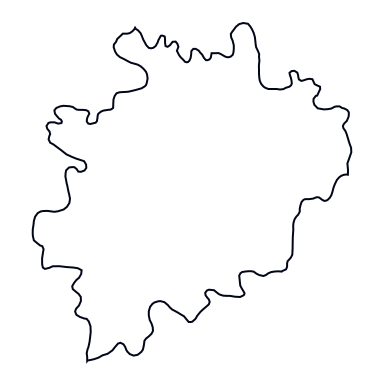 outline of Chavusy, Mogilev, Belarus
{"feature_id": "67162791B68481301764251", "entity_name": "Chavusy", "entity_type": "district", "adm_level": 2, "iso_a3": "BLR", "parent_name": "Belarus", "parent_adm1": "Mogilev", "projection": "orthographic", "projection_center": [30.902, 53.786], "detail": "fine", "context": "isolated", "style": "outline", "palette": "ink", "viewbox_px": 384, "rotation_deg": 0, "n_neighbors": 0, "source": "geoboundaries", "source_scale": "gbopen_adm2", "svg_char_len": 5464}
<svg xmlns="http://www.w3.org/2000/svg" viewBox="0 0 384 384"><path d="M87.2,361.0L87.6,360.5L90.8,359.9L94.0,359.2L98.4,357.7L102.6,355.3L107.6,353.8L112.4,350.4L114.8,347.3L118.1,343.5L120.5,342.8L123.5,344.3L125.2,346.9L126.1,349.5L127.3,351.6L129.8,354.1L133.6,355.6L137.6,354.8L139.5,353.4L141.4,351.8L142.8,349.8L143.5,347.1L144.0,344.4L144.4,340.9L146.0,338.6L148.9,336.3L151.5,333.8L153.0,330.9L152.7,327.1L151.5,323.5L149.7,319.9L148.8,315.4L148.8,311.3L150.1,306.9L152.3,304.0L154.3,302.5L158.2,301.3L160.3,301.1L164.3,302.1L167.8,305.0L170.1,307.7L172.3,309.6L174.8,310.9L177.9,312.6L181.4,314.8L183.9,316.2L186.2,319.0L188.7,322.0L190.7,322.0L192.3,321.7L195.0,319.3L195.9,318.2L197.0,316.1L198.6,314.1L200.4,311.9L202.6,309.8L205.4,307.4L207.8,305.3L208.8,304.4L209.7,301.9L208.8,299.4L207.5,297.9L205.6,295.4L205.2,292.9L206.8,290.6L208.9,289.7L214.0,290.2L215.9,291.8L218.9,294.1L220.6,294.9L223.5,295.7L227.6,295.9L230.1,295.9L234.9,296.7L240.0,297.0L242.7,295.8L244.2,294.7L244.5,293.1L243.0,290.5L241.9,288.7L240.3,285.7L239.9,282.4L239.6,279.2L239.2,275.7L240.4,273.3L242.2,272.0L246.3,271.4L248.9,271.2L251.1,271.2L253.8,271.7L256.5,273.7L259.4,275.1L263.5,276.0L266.1,274.9L268.1,273.4L271.1,272.1L274.8,271.5L278.3,271.3L281.7,271.6L281.9,271.2L283.9,270.3L286.1,269.3L287.1,266.7L287.1,263.4L287.6,261.2L289.5,259.2L291.0,257.4L292.3,254.7L292.6,248.9L292.7,242.1L292.8,237.2L293.3,229.7L293.2,225.5L293.5,222.8L294.6,219.2L296.4,216.5L298.1,214.8L299.8,211.6L299.7,208.9L300.3,205.9L301.5,202.1L303.4,199.9L304.9,199.2L307.0,199.1L309.4,199.1L313.2,198.6L315.8,197.5L317.1,197.2L319.2,197.5L322.0,199.7L324.2,200.9L326.4,200.6L328.0,199.6L330.0,197.5L331.5,194.8L332.5,191.6L333.5,187.7L334.7,184.5L336.8,180.1L338.9,177.6L341.1,175.9L343.8,174.8L346.5,174.5L347.9,174.7L348.0,169.9L347.4,163.4L348.7,159.8L350.1,155.8L351.3,152.3L351.1,147.8L349.5,143.5L348.0,138.6L346.7,134.2L345.3,130.8L343.5,128.4L342.9,126.1L343.8,124.0L345.4,122.3L346.8,120.9L348.4,117.3L348.8,115.3L348.8,112.3L347.3,110.1L344.3,108.5L342.1,108.0L339.6,106.4L336.4,106.4L334.6,106.8L331.2,108.6L327.4,109.2L323.8,109.4L317.7,108.3L314.3,104.7L313.4,101.5L313.6,98.7L315.9,95.8L317.2,95.6L318.9,91.8L320.2,89.1L320.0,86.7L316.9,85.3L314.6,84.1L312.4,79.2L309.1,78.8L306.3,79.4L303.5,80.4L301.3,80.9L298.9,79.4L298.3,77.0L298.1,75.2L297.3,72.6L294.3,70.8L291.6,71.1L289.5,72.8L289.9,75.1L290.8,77.5L291.5,80.5L291.8,83.6L291.0,85.4L289.4,86.7L285.8,87.8L283.4,89.1L280.2,89.5L276.5,89.0L273.0,89.0L268.4,89.0L265.3,87.8L263.4,86.5L261.0,83.6L259.8,80.7L259.3,77.9L259.0,73.8L259.0,70.0L258.9,65.7L259.4,60.6L259.0,56.5L259.2,54.1L257.9,50.9L256.1,47.1L255.7,44.7L255.3,40.8L254.9,37.2L253.7,33.0L252.1,29.5L250.3,26.5L248.0,23.8L243.3,23.0L239.2,24.1L236.0,26.7L234.3,29.0L232.2,31.8L230.8,33.9L231.2,37.5L232.6,40.6L233.8,45.3L233.8,49.2L233.4,52.6L232.8,54.7L230.7,56.6L228.8,57.2L227.1,57.2L225.0,56.5L221.2,54.3L218.7,53.1L215.5,53.2L211.6,53.2L211.0,56.5L210.8,57.6L209.6,59.3L207.9,60.1L206.0,60.2L204.1,58.1L202.2,54.7L200.2,52.6L198.7,50.6L195.8,48.9L193.3,48.9L191.4,51.0L191.1,54.9L190.6,58.0L189.4,60.7L188.0,62.0L186.8,62.3L185.0,61.8L183.2,59.7L180.6,57.2L179.0,55.0L176.9,50.8L178.4,46.9L177.4,43.8L175.6,41.6L172.6,41.8L170.0,45.2L167.6,46.8L165.6,46.1L165.1,43.1L165.0,38.6L164.7,36.5L162.4,35.6L160.8,35.8L158.3,40.4L157.7,42.4L155.6,46.1L153.1,47.9L150.9,48.3L148.7,47.8L146.3,45.2L143.2,39.5L141.9,36.1L140.6,33.2L137.8,30.1L136.1,29.2L135.1,27.7L134.3,29.3L132.4,31.3L129.8,33.1L127.1,33.7L122.8,33.7L122.7,33.7L121.9,34.6L117.3,38.9L116.0,41.9L113.9,44.5L113.7,47.3L115.1,51.5L116.9,54.5L119.9,57.1L124.6,59.4L127.3,60.9L130.8,62.7L137.6,64.6L140.7,66.3L143.7,69.0L146.0,71.8L147.0,74.3L147.6,78.5L146.8,82.7L146.1,84.9L145.0,86.2L141.6,88.3L137.4,89.5L134.4,90.3L128.4,91.7L126.1,91.9L121.9,92.1L119.4,92.3L116.5,93.3L114.6,96.1L113.5,99.5L113.3,102.9L113.2,106.2L113.1,108.0L112.0,108.8L110.6,109.6L108.4,109.8L106.5,110.1L103.3,110.6L101.2,111.5L99.7,112.6L98.2,113.9L97.7,115.5L97.4,118.3L96.9,121.2L95.6,122.7L90.4,124.0L88.3,123.6L86.8,121.6L86.9,119.4L87.5,117.2L88.6,115.0L89.3,113.6L88.3,111.3L86.3,110.2L83.1,109.9L80.0,109.9L76.7,109.6L74.5,108.2L72.9,107.0L69.4,106.2L63.4,105.8L60.1,106.4L56.4,107.9L54.4,110.3L55.0,113.7L56.7,115.9L59.1,118.6L61.0,119.7L61.9,121.5L61.4,123.1L58.1,123.6L54.4,122.3L50.7,122.3L48.5,122.9L46.5,126.0L47.3,128.8L49.5,131.5L50.2,134.1L49.3,136.1L48.6,139.4L50.2,142.7L53.4,144.4L56.2,146.5L60.8,149.9L66.5,154.4L72.2,157.0L76.4,158.7L79.6,159.7L81.1,160.2L84.1,161.2L86.1,164.6L86.3,167.9L84.5,170.5L81.0,171.8L78.3,171.6L76.6,169.0L74.2,167.1L72.1,167.1L69.0,167.5L66.1,170.4L65.6,173.2L65.4,176.5L66.1,180.1L66.6,183.1L67.3,185.7L68.3,190.9L69.2,194.6L70.0,198.6L69.4,203.0L66.9,206.9L63.6,209.5L57.9,211.3L54.2,211.8L47.5,210.9L43.6,211.0L40.8,211.4L37.7,213.1L35.1,216.7L33.9,220.9L33.5,224.7L32.8,229.2L32.7,233.3L32.9,236.2L33.9,240.4L36.8,242.8L40.0,245.4L42.3,246.2L43.6,249.2L43.1,251.7L42.6,255.1L42.1,258.2L42.1,261.5L42.2,264.6L42.9,267.6L44.9,268.9L49.2,267.9L52.6,266.3L59.2,266.2L67.1,267.1L73.0,267.5L77.8,268.2L81.6,270.2L81.2,274.0L79.1,277.7L76.4,280.0L74.4,282.5L73.9,283.3L72.2,286.2L72.8,289.1L75.5,291.4L78.6,293.9L80.8,297.0L80.9,301.1L79.0,305.5L76.0,308.9L75.1,311.6L76.4,314.8L79.8,316.9L84.6,318.6L86.6,318.8L88.8,321.5L90.5,326.3L90.7,332.2L90.1,337.3L89.6,341.6L88.4,347.2L87.6,349.1L86.7,353.3L87.2,357.1L87.2,361.0Z" fill="none" stroke="#020617" stroke-width="2"/></svg>